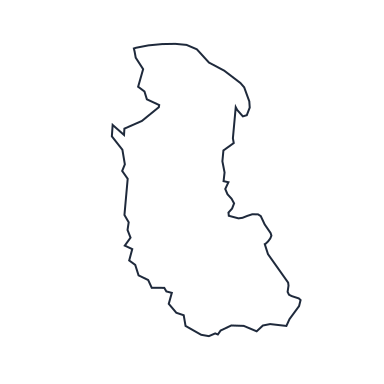 outline of Newry and Mourne, rotated 255°
{"feature_id": "GBR-2086", "entity_name": "Newry and Mourne", "entity_type": "District", "adm_level": 1, "iso_a3": "GBR", "parent_name": "United Kingdom", "parent_adm1": "", "projection": "albers", "projection_center": [-6.311, 54.156], "detail": "fine", "context": "isolated", "style": "outline", "palette": "slate", "viewbox_px": 384, "rotation_deg": 255, "n_neighbors": 0, "source": "natural_earth", "source_scale": "10m", "svg_char_len": 1363}
<svg xmlns="http://www.w3.org/2000/svg" viewBox="0 0 384 384"><g transform="rotate(255 192 192)"><path d="M59.5,268.9L54.1,265.9L44.0,253.3L38.2,248.5L44.2,233.3L44.7,225.9L40.7,218.4L49.3,207.3L52.9,195.4L50.8,183.8L47.7,180.1L49.4,177.8L48.4,171.0L51.7,163.9L64.3,151.1L75.1,152.1L79.4,145.6L90.0,140.6L99.8,146.4L102.6,141.5L106.6,140.4L109.9,128.3L118.3,126.9L125.3,118.8L136.3,118.3L142.1,113.6L152.3,119.5L157.6,113.2L163.8,120.8L172.0,119.9L179.1,123.0L187.3,120.8L221.4,133.3L230.4,130.0L236.1,134.3L250.8,135.7L266.5,129.0L277.3,132.7L264.7,141.1L270.7,143.1L273.6,162.0L282.5,181.9L284.5,182.8L293.2,172.4L301.4,172.1L307.6,167.2L323.3,176.6L336.3,172.4L342.4,172.9L345.7,173.0L345.8,175.4L344.9,187.9L342.6,201.5L339.4,214.3L335.5,224.8L328.6,233.6L312.6,241.9L300.9,254.5L284.7,267.0L279.6,269.5L264.7,270.8L258.6,269.6L252.0,264.8L251.9,260.7L259.5,256.9L262.6,256.2L233.3,245.4L228.5,245.0L224.0,233.1L213.8,229.3L202.4,228.5L194.3,225.3L192.0,229.7L186.3,224.9L180.6,225.7L175.2,228.5L170.1,229.7L165.6,226.4L162.7,221.9L159.5,221.4L154.5,230.1L154.0,234.1L154.6,239.1L154.9,244.5L153.3,250.0L150.9,252.2L141.9,253.8L132.0,257.3L129.3,257.4L126.9,255.6L124.6,252.7L123.1,250.0L122.8,248.8L112.3,249.3L79.6,261.4L76.6,261.0L70.8,258.5L67.7,259.1L65.7,261.3L63.8,264.2L61.6,267.6L59.5,268.9Z" fill="none" stroke="#1e293b" stroke-width="2"/></g></svg>